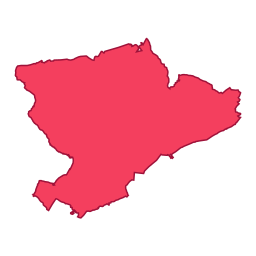 outline of Cozieni, Buzau, Romania
{"feature_id": "2599482B64756507378142", "entity_name": "Cozieni", "entity_type": "district", "adm_level": 2, "iso_a3": "ROU", "parent_name": "Romania", "parent_adm1": "Buzau", "projection": "mercator", "projection_center": [26.473, 45.333], "detail": "fine", "context": "isolated", "style": "filled", "palette": "rose", "viewbox_px": 256, "rotation_deg": 0, "n_neighbors": 0, "source": "geoboundaries", "source_scale": "gbopen_adm2", "svg_char_len": 5665}
<svg xmlns="http://www.w3.org/2000/svg" viewBox="0 0 256 256"><path d="M48.6,210.5L52.1,204.5L55.8,198.9L56.1,198.7L58.5,199.8L59.0,200.4L61.3,201.8L64.5,202.7L65.4,203.7L66.7,203.7L69.9,204.8L70.7,205.5L70.7,206.1L70.5,206.5L70.7,207.3L72.1,207.5L72.1,208.9L73.0,210.1L74.4,210.1L74.6,210.3L70.7,212.8L70.7,213.6L72.3,214.3L73.2,213.9L73.8,213.3L73.0,212.8L74.5,211.6L75.6,211.4L75.9,211.7L75.7,212.3L75.8,212.5L76.4,212.5L76.9,213.0L78.4,213.0L78.5,214.5L78.3,215.7L77.6,216.8L79.0,217.5L80.9,217.9L83.6,215.3L86.6,211.3L88.4,211.1L89.7,211.4L90.5,211.3L93.0,210.1L94.1,210.1L96.3,209.2L97.3,209.1L98.4,208.4L98.4,208.1L98.2,207.7L98.8,207.5L99.3,206.5L100.3,206.2L102.4,206.5L103.0,206.3L104.4,205.0L105.8,204.6L106.7,203.9L107.6,204.1L108.5,204.9L109.0,205.0L109.2,204.1L109.0,203.1L110.7,202.9L110.9,202.8L111.1,201.9L111.7,201.7L113.1,201.7L114.4,201.4L115.6,200.4L118.4,199.6L119.4,198.9L123.0,197.6L125.6,196.2L126.9,196.9L128.3,195.3L127.8,194.8L127.4,193.0L126.6,191.5L126.3,190.0L125.8,189.3L125.6,186.9L125.8,185.8L126.4,185.2L127.3,184.7L127.8,183.7L129.7,181.4L131.8,179.9L133.8,180.1L134.4,172.5L143.6,173.5L144.6,170.9L148.9,166.6L156.6,160.2L161.0,154.3L162.0,154.9L167.3,155.3L167.6,154.7L168.4,155.0L169.6,156.3L169.9,155.2L170.5,154.4L171.2,155.0L172.0,156.1L171.4,156.7L170.2,156.9L170.8,158.1L171.3,157.7L172.2,158.4L173.2,157.5L171.5,155.2L172.2,153.8L175.5,151.8L180.9,147.6L182.3,147.2L183.8,146.3L190.4,143.6L193.5,142.2L195.1,142.1L195.6,141.6L199.3,140.9L206.8,139.8L212.4,136.0L215.2,134.4L217.1,133.6L218.1,132.7L219.6,131.8L221.7,130.9L223.6,130.5L224.7,129.5L226.0,128.9L226.2,129.1L226.8,128.9L226.8,128.5L231.5,126.6L233.6,125.0L234.7,124.4L235.2,124.4L236.2,122.5L236.7,122.4L240.5,117.4L238.6,116.9L237.8,116.0L240.3,114.6L240.6,114.1L240.6,113.7L240.1,113.3L238.9,113.2L238.2,113.0L237.2,112.2L235.8,112.0L235.4,111.0L235.6,109.9L235.1,108.9L236.7,106.2L239.1,103.8L237.8,102.6L237.5,102.0L239.2,101.2L239.9,99.8L239.9,99.4L239.2,99.0L238.3,97.7L239.4,96.1L240.6,92.8L239.7,92.0L238.9,91.7L238.1,90.0L235.6,90.2L231.2,89.7L229.8,87.7L226.0,90.2L222.4,93.4L221.1,92.4L219.7,93.0L219.1,93.0L216.8,91.1L215.8,90.8L215.1,90.1L213.8,89.5L212.9,89.4L212.5,89.2L212.3,88.6L212.4,87.7L212.1,86.7L212.0,85.3L211.1,84.6L210.4,84.5L209.5,83.8L207.4,82.8L205.8,81.6L203.1,80.9L199.9,79.4L198.4,78.1L195.0,77.0L192.9,75.9L189.9,75.4L188.9,75.5L186.8,74.8L185.1,74.8L184.2,74.6L182.4,74.7L180.1,75.4L179.6,75.3L179.3,74.9L178.8,75.0L178.9,77.3L178.3,79.5L178.3,79.9L179.5,80.0L179.4,80.7L179.0,81.0L177.2,80.9L177.1,82.2L175.5,82.7L175.4,82.9L175.7,83.6L174.3,84.7L174.4,85.3L174.2,86.1L172.7,86.9L170.9,86.9L169.9,87.8L169.8,88.6L169.7,88.5L168.7,87.9L167.8,87.0L167.5,85.7L168.0,83.6L168.8,82.1L168.8,78.9L167.9,76.8L167.2,76.0L167.5,75.2L167.9,72.5L167.8,71.1L166.9,69.0L166.6,67.6L164.5,66.7L164.1,64.3L162.2,64.0L161.0,62.7L160.4,60.1L159.6,59.1L158.3,58.2L157.6,56.3L155.9,55.0L152.9,53.3L152.1,51.8L150.7,50.0L150.5,46.0L149.9,44.8L149.4,42.7L147.5,39.3L146.8,39.0L146.6,38.4L146.3,38.1L146.5,38.4L143.1,44.6L141.8,42.7L141.0,42.9L141.4,43.6L141.6,45.0L140.4,45.3L138.6,46.7L140.1,48.2L141.8,50.6L136.6,51.8L137.3,50.6L137.9,50.4L137.9,49.7L138.6,49.1L138.3,47.0L137.9,46.3L136.4,44.9L135.4,44.7L134.6,45.0L132.8,46.2L131.9,46.4L132.1,45.4L131.3,45.2L131.3,44.5L130.4,44.2L129.9,44.6L129.6,44.2L128.7,43.9L118.5,47.4L104.8,51.4L104.1,52.9L103.7,52.9L102.1,51.5L101.3,51.5L98.4,56.3L97.2,56.6L95.9,56.3L94.9,56.8L94.3,58.4L94.0,60.3L92.6,60.1L91.1,59.3L88.6,57.8L87.1,56.5L86.3,56.0L80.6,56.4L78.6,56.9L75.0,58.5L73.9,59.3L70.7,60.1L68.6,59.8L67.0,59.2L60.8,59.9L54.1,60.1L53.6,60.9L50.7,61.2L49.8,60.0L47.0,60.9L46.7,61.7L45.3,61.9L44.6,62.8L41.7,62.2L41.8,61.8L42.1,61.3L42.1,61.0L41.6,60.6L37.8,62.8L36.4,62.9L35.7,63.8L34.1,63.6L30.5,64.8L27.2,65.5L21.0,65.5L17.7,66.0L16.6,67.4L15.6,70.5L15.6,71.6L15.8,72.2L15.4,75.4L15.8,76.2L16.8,77.0L17.1,79.4L17.3,79.8L20.2,79.9L22.2,81.8L24.7,82.9L24.1,83.6L25.3,85.7L24.5,87.5L25.1,88.4L26.4,89.4L26.6,89.9L29.6,91.3L34.1,94.8L34.6,95.7L34.8,97.5L35.2,98.6L35.6,100.1L35.3,102.3L34.6,103.1L33.9,106.6L33.4,106.7L33.3,106.2L33.0,106.5L32.5,107.9L31.4,108.9L31.4,109.8L31.1,110.1L30.9,110.6L29.7,110.9L28.7,111.7L28.7,112.7L28.2,113.8L29.0,116.1L29.3,116.6L31.1,117.6L31.5,118.6L32.2,119.5L33.0,121.2L34.6,123.3L35.1,123.5L36.3,124.6L37.2,124.9L38.0,125.9L38.6,127.3L39.7,129.1L40.6,129.8L41.6,130.0L42.3,130.4L43.4,131.4L44.1,132.7L45.3,134.0L46.3,134.3L46.7,135.1L46.5,135.5L47.3,137.5L48.8,139.0L49.0,139.6L49.1,140.4L48.9,140.8L48.9,141.8L49.8,143.3L50.1,144.9L50.6,145.1L50.7,144.7L51.2,145.5L52.1,146.3L52.3,146.3L52.4,146.6L53.2,147.0L53.7,147.0L54.2,147.7L54.6,147.6L55.0,148.4L56.0,149.2L56.7,150.4L58.8,152.0L59.3,151.8L60.2,152.2L60.3,152.5L61.5,152.8L63.1,154.0L63.6,153.5L64.5,154.1L66.6,154.4L66.8,154.8L67.2,154.9L68.5,154.7L69.4,155.9L69.3,156.2L68.9,156.2L69.2,156.4L69.1,156.8L69.6,157.3L69.6,156.8L70.1,157.2L69.9,157.7L70.9,157.8L71.0,157.1L71.3,157.1L72.1,157.2L71.9,157.5L73.1,158.1L73.3,160.7L73.1,162.9L70.8,168.1L69.8,168.8L69.8,169.2L70.1,169.2L70.1,169.4L69.5,169.4L66.5,174.8L64.9,174.8L63.3,175.2L58.8,178.0L56.3,180.6L55.2,182.6L54.1,183.4L53.5,183.5L53.5,184.1L54.2,184.5L54.5,185.0L53.2,185.2L52.3,183.3L50.5,183.1L48.1,182.1L44.9,181.7L44.0,181.3L41.7,180.9L41.2,180.6L39.4,180.7L39.4,181.1L39.1,181.4L38.6,183.3L37.6,184.2L37.6,185.6L37.1,186.2L35.9,189.5L35.5,191.6L34.5,193.1L34.4,193.9L33.1,194.4L33.4,194.6L33.2,195.9L33.8,196.4L34.5,195.9L35.5,196.0L37.4,197.1L38.8,198.6L39.5,199.9L40.9,201.6L42.8,202.7L43.2,203.4L43.3,204.7L43.5,205.1L46.4,207.5L46.5,208.0L46.8,208.4L46.8,209.4L48.6,210.5Z" fill="#f43f5e" stroke="#9f1239" stroke-width="1.5"/></svg>